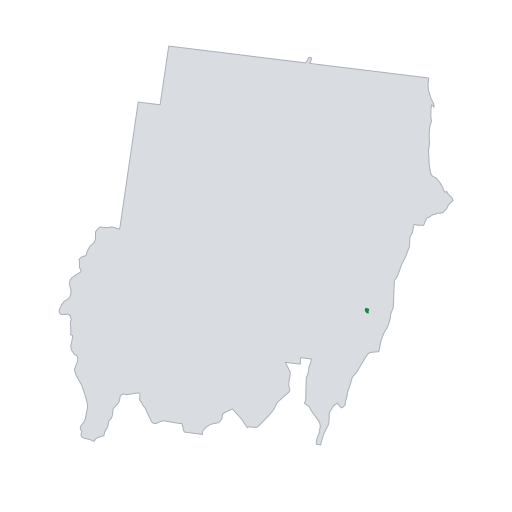 Madeinat Al Gedaref, Gedarif, Sudan (highlighted), rotated 7°
{"feature_id": "16777658B2948733564305", "entity_name": "Madeinat Al Gedaref", "entity_type": "district", "adm_level": 2, "iso_a3": "SDN", "parent_name": "Sudan", "parent_adm1": "Gedarif", "projection": "equal_earth", "projection_center": [35.386, 14.026], "detail": "fine", "context": "in_parent", "style": "filled", "palette": "green", "viewbox_px": 512, "rotation_deg": 7, "n_neighbors": 0, "source": "geoboundaries", "source_scale": "gbopen_adm2", "svg_char_len": 4166}
<svg xmlns="http://www.w3.org/2000/svg" viewBox="0 0 512 512"><g transform="rotate(7 256 256)"><path d="M343.3,435.5L339.1,435.5L338.6,434.1L338.7,430.4L339.2,427.7L340.7,423.3L340.3,420.9L340.6,417.4L339.5,413.5L329.3,402.3L327.4,399.2L321.9,396.3L322.9,393.2L320.7,370.2L321.8,367.5L322.1,363.5L322.1,360.0L323.5,354.1L323.6,351.6L312.8,351.4L312.7,354.0L313.2,356.8L313.1,357.9L298.1,358.0L304.1,367.0L304.4,370.9L304.0,375.9L304.1,379.0L304.4,381.1L306.0,385.1L305.9,385.9L305.5,386.8L294.8,398.9L293.0,404.5L291.6,407.4L288.5,412.3L278.7,425.2L277.1,426.1L269.7,426.5L268.9,426.8L268.3,427.4L268.0,427.3L261.7,419.7L251.1,410.6L244.0,415.3L242.0,417.1L242.0,421.5L240.9,423.7L239.0,426.1L233.7,427.7L231.0,429.0L227.8,431.4L224.6,435.6L224.3,437.7L224.6,439.6L206.6,439.5L205.4,438.0L202.9,431.2L201.0,431.6L184.6,430.8L182.2,431.6L177.5,434.3L175.1,434.8L172.7,433.5L164.2,420.1L162.3,418.5L160.4,415.3L158.6,413.9L158.0,412.9L157.8,411.5L157.9,408.5L157.3,406.7L155.9,406.2L144.3,409.4L142.6,409.0L140.2,409.6L139.3,410.1L138.3,411.9L138.1,415.6L137.8,417.4L136.9,419.4L133.5,424.0L132.8,425.9L132.9,431.0L132.6,433.5L132.1,434.7L130.6,436.6L130.1,437.7L129.5,444.1L127.6,448.0L127.2,449.4L127.0,452.2L126.7,453.0L121.5,455.3L119.5,456.7L118.2,458.9L117.9,459.8L115.7,459.0L112.8,458.4L107.3,457.8L105.2,456.7L104.1,455.2L104.5,451.3L104.0,450.5L103.1,449.8L102.5,448.1L102.7,446.1L105.6,441.6L106.3,439.2L107.2,427.9L107.0,424.5L104.8,418.1L99.6,407.2L98.4,405.1L91.9,396.2L91.2,394.8L89.6,391.0L91.5,382.8L91.7,380.5L91.3,378.1L89.6,376.3L88.1,376.1L86.2,373.9L85.0,372.9L83.9,371.0L83.1,368.2L83.9,358.5L83.5,357.2L81.8,356.8L81.4,356.1L81.5,354.3L80.7,348.7L79.8,344.1L80.4,341.6L79.0,338.1L76.4,336.6L71.1,337.8L69.5,337.6L68.4,337.0L67.6,335.7L67.2,334.2L67.7,331.9L69.2,327.8L71.1,324.4L75.0,321.3L76.0,319.7L76.6,317.8L76.8,315.7L76.6,313.5L76.2,311.5L75.1,308.9L74.1,305.7L74.2,303.6L74.7,302.1L75.7,300.3L79.5,296.7L83.4,293.7L84.1,292.7L83.9,291.4L82.2,289.0L81.7,284.2L80.8,280.9L82.8,278.4L84.3,277.5L86.5,276.7L87.4,275.7L87.7,273.7L87.7,271.8L88.5,270.4L89.7,267.4L90.6,266.0L93.6,262.4L94.3,260.1L94.5,257.9L93.8,251.3L95.6,248.5L97.8,246.1L100.9,246.3L105.7,245.8L109.0,244.8L111.3,244.9L116.6,246.1L117.2,245.6L117.5,243.8L120.3,117.6L142.1,117.6L142.4,117.4L143.8,58.3L281.0,58.3L282.1,58.1L284.3,52.6L285.3,52.2L286.7,52.5L287.1,53.8L285.9,58.3L405.7,58.3L405.9,65.0L406.9,70.4L410.4,78.1L413.2,82.3L414.3,84.6L414.4,85.6L414.3,86.6L413.4,85.5L411.9,84.7L411.7,88.3L412.4,95.7L413.7,100.9L412.8,105.7L413.0,113.9L414.5,123.7L414.3,129.9L416.8,144.5L419.3,152.6L420.7,154.6L422.2,155.7L425.1,156.4L429.4,160.5L432.8,164.9L434.0,167.2L435.6,169.7L436.8,169.2L437.4,168.6L438.6,170.6L444.0,175.0L444.8,177.0L442.8,179.0L440.6,182.4L439.6,185.6L439.0,186.6L437.2,188.6L436.9,189.6L436.1,190.2L435.3,190.2L433.5,191.3L431.8,191.0L430.1,191.6L429.5,192.4L428.2,193.0L426.4,193.4L423.6,196.1L421.2,197.4L420.4,198.5L419.1,203.9L418.2,205.3L414.6,205.4L412.8,205.9L410.4,205.3L409.2,205.4L408.9,206.5L408.5,211.1L408.5,213.1L406.5,218.4L407.1,228.3L405.2,235.7L404.9,237.4L402.9,243.2L401.9,245.4L399.4,256.4L398.4,259.8L396.3,263.3L398.5,289.8L396.7,297.9L396.8,302.3L395.6,308.9L394.6,311.9L392.9,315.5L391.6,319.6L390.4,325.0L389.6,335.2L389.2,336.1L382.7,337.4L380.7,338.1L379.4,339.2L377.7,341.9L374.4,349.1L372.6,353.5L369.9,359.5L366.8,363.8L366.1,365.8L365.6,369.7L364.4,375.8L363.3,380.2L363.5,383.7L362.5,389.8L362.7,392.7L361.6,394.4L360.1,395.9L359.0,396.3L354.5,392.2L351.4,395.1L349.4,399.0L347.8,403.0L348.7,411.4L348.6,413.2L348.2,415.3L345.2,423.5L344.3,427.3L343.3,433.9L343.3,435.5Z" fill="#d9dde1" stroke="#a8b0b8" stroke-width="1"/><path d="M374.0,298.4L373.8,297.8L373.8,297.6L373.7,297.4L373.7,297.2L373.7,296.9L373.7,296.6L373.8,296.5L373.8,296.4L374.0,296.2L374.1,295.8L374.1,295.6L374.0,295.4L373.6,295.3L373.3,295.3L373.0,295.3L372.7,295.3L372.4,295.4L372.2,295.2L372.1,294.8L371.9,294.8L371.6,295.0L371.5,295.5L371.3,296.1L371.3,296.6L371.4,296.9L371.6,297.0L372.0,297.3L372.3,297.5L372.6,297.8L372.8,298.2L372.8,298.3L372.9,298.5L373.9,298.4L374.0,298.4Z" fill="#22c55e" stroke="#15803d" stroke-width="1.5"/></g></svg>